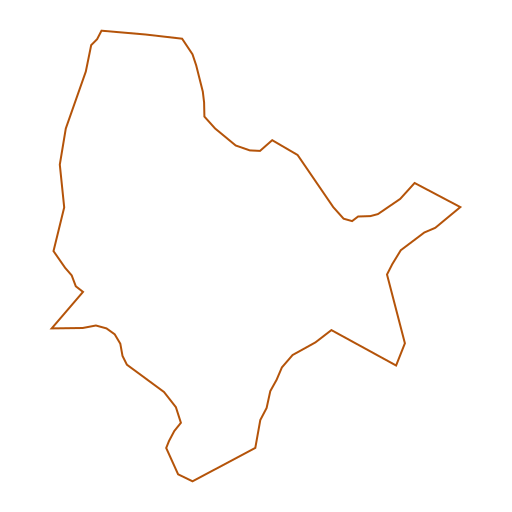 an SVG outline of Lenart
{"feature_id": "SVN-208", "entity_name": "Lenart", "entity_type": "Municipality", "adm_level": 1, "iso_a3": "SVN", "parent_name": "Slovenia", "parent_adm1": "", "projection": "mercator", "projection_center": [15.838, 46.572], "detail": "fine", "context": "isolated", "style": "outline", "palette": "amber", "viewbox_px": 512, "rotation_deg": 0, "n_neighbors": 0, "source": "natural_earth", "source_scale": "10m", "svg_char_len": 907}
<svg xmlns="http://www.w3.org/2000/svg" viewBox="0 0 512 512"><path d="M101.5,30.7L145.5,34.5L182.1,38.7L192.5,54.3L196.2,65.4L202.8,91.6L204.1,102.5L204.4,116.6L215.1,128.5L235.7,145.5L249.8,150.4L260.0,150.9L272.2,140.2L297.6,155.0L333.3,207.2L343.6,218.7L352.1,221.1L358.1,216.5L370.4,216.1L377.9,214.1L400.2,198.9L414.6,183.0L460.3,207.1L435.3,227.8L424.3,232.5L400.8,250.2L392.3,264.1L387.0,274.5L404.9,343.3L396.1,365.5L331.4,330.1L315.4,342.4L292.6,355.0L281.9,367.4L276.6,379.8L270.3,391.1L266.6,408.0L260.3,420.0L255.3,447.9L192.5,481.3L178.1,474.3L166.2,448.0L169.0,441.0L174.3,431.0L180.9,422.8L175.9,407.2L164.0,392.0L126.9,364.7L122.5,355.9L120.3,343.7L114.7,334.3L106.5,328.4L95.9,325.5L82.7,328.0L51.7,328.4L83.0,291.9L75.8,286.3L71.7,275.4L65.1,267.8L53.5,251.1L64.2,207.4L59.8,164.6L65.8,128.5L85.8,71.6L91.2,45.1L97.1,39.2L101.5,30.7Z" fill="none" stroke="#b45309" stroke-width="2"/></svg>